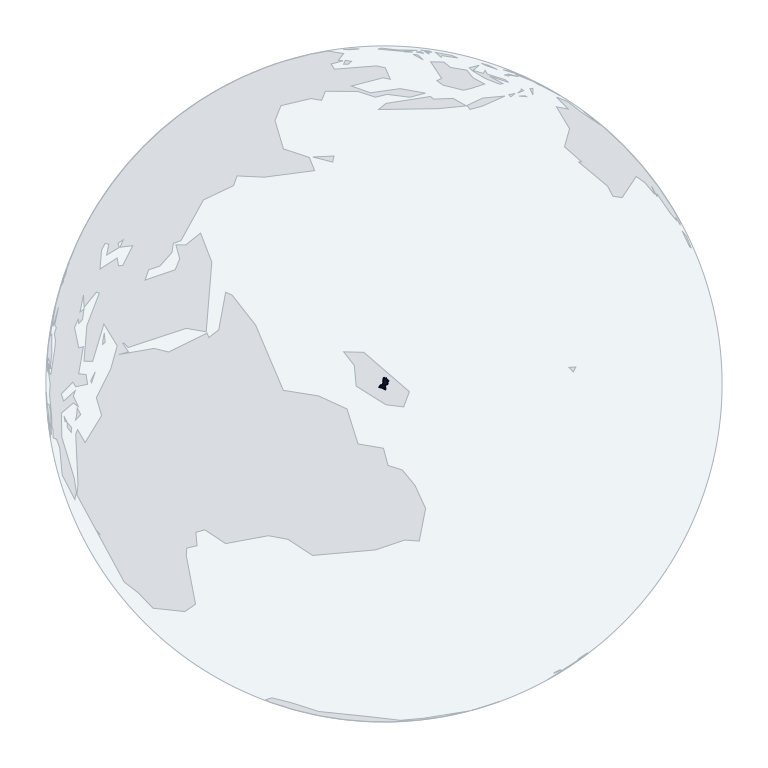 the Earth from above Amoron'i Mania, rotated 292°
{"feature_id": "MDG-5861", "entity_name": "Amoron'i Mania", "entity_type": "Autonomous Province", "adm_level": 1, "iso_a3": "MDG", "parent_name": "Madagascar", "parent_adm1": "", "projection": "orthographic", "projection_center": [46.639, -20.465], "detail": "fine", "context": "on_globe", "style": "filled", "palette": "ink", "viewbox_px": 768, "rotation_deg": 292, "n_neighbors": 0, "source": "natural_earth", "source_scale": "10m", "svg_char_len": 7445}
<svg xmlns="http://www.w3.org/2000/svg" viewBox="0 0 768 768"><g transform="rotate(292 384 384)"><circle cx="384" cy="384" r="338" fill="#eef3f6" stroke="#a8b0b8"/><path d="M46.3,397.1L47.1,392.9L51.0,397.5L53.7,416.8L55.9,446.1L70.8,497.7L78.3,525.2L88.9,545.9L109.8,580.5L112.8,585.5L98.4,564.6L85.7,542.7L74.6,519.9L65.3,496.4L57.8,472.2L52.1,447.5L48.3,422.4L46.3,397.1ZM114.4,587.8L121.2,596.0L130.4,607.2L132.7,609.9L114.4,587.8ZM171.3,646.6L175.8,650.1L191.4,661.6L196.6,664.9L198.4,666.3L203.2,669.4L207.3,671.9L207.5,672.2L171.3,646.6ZM209.2,673.2L208.5,672.6L198.6,666.2L202.6,667.6L210.7,673.2L209.7,673.5L209.2,673.2ZM185.3,655.3L179.2,649.8L180.5,650.2L184.9,654.2L185.3,655.3ZM361.8,46.8L371.4,46.5L364.3,47.2L352.8,47.8L359.1,48.5L360.6,47.7L366.2,47.8L373.3,46.7L377.6,46.8L377.1,46.2L383.2,46.2L383.3,46.5L399.0,46.4L412.8,47.3L414.2,47.4L431.0,49.4L440.6,50.8L443.4,51.4L444.3,51.5L468.0,56.7L491.2,63.5L513.8,72.0L535.8,82.1L557.0,93.7L577.3,106.8L596.6,121.4L614.9,137.3L631.9,154.4L632.2,154.7L639.5,162.9L641.0,164.6L646.2,170.8L648.3,173.7L662.1,192.1L671.7,207.4L675.3,222.8L667.1,220.5L668.3,225.0L660.9,215.1L657.3,220.1L676.1,257.8L677.7,266.7L668.9,275.7L667.6,268.5L648.1,242.2L648.9,262.3L663.9,288.3L669.2,313.5L659.6,300.6L653.7,278.4L646.7,268.5L645.4,250.1L633.5,220.0L623.6,219.9L621.4,209.5L603.5,184.2L587.5,184.2L564.3,202.7L566.1,229.9L555.9,239.7L530.9,195.5L521.9,169.8L511.6,170.2L487.0,147.6L440.8,142.0L435.5,136.0L426.5,138.1L409.4,132.0L401.7,123.0L390.8,123.5L411.7,147.6L423.6,147.7L435.1,138.9L438.6,148.0L455.2,157.4L432.5,178.7L365.8,199.6L361.5,179.8L322.0,133.1L324.4,127.9L324.3,127.4L323.9,126.5L318.1,135.0L312.0,127.1L330.8,157.4L333.0,172.4L364.9,200.9L361.4,204.2L372.3,210.5L409.8,202.8L409.5,209.8L390.5,242.9L340.4,293.0L348.4,327.7L347.0,359.0L318.7,382.4L324.2,407.6L310.0,418.2L311.1,433.2L301.5,450.8L284.2,469.2L251.6,475.5L247.1,461.7L227.1,438.4L198.3,382.1L204.0,353.1L200.0,333.6L176.7,296.9L181.7,272.6L176.0,265.1L164.1,271.2L157.9,262.6L150.9,264.9L109.3,291.7L98.4,284.6L89.6,253.9L98.4,234.2L103.1,217.3L166.3,140.7L176.1,138.0L221.9,117.0L226.9,117.0L217.7,128.8L249.0,134.0L263.6,122.4L295.7,125.0L319.5,122.3L334.7,101.8L295.8,105.4L292.8,97.3L327.0,86.6L361.6,86.0L361.5,83.0L342.8,77.2L354.0,72.0L336.7,75.2L341.3,77.7L330.7,80.3L325.8,78.3L329.9,76.2L320.4,75.9L303.1,87.5L306.0,91.3L279.1,97.1L281.2,104.2L272.7,109.3L266.0,99.3L269.1,94.8L253.8,88.5L248.1,93.4L262.1,100.2L256.3,100.6L248.7,108.9L249.9,103.0L236.1,95.8L214.0,105.2L180.1,132.5L168.4,139.3L161.1,140.6L179.1,119.7L203.4,107.2L210.1,101.1L210.1,97.4L217.4,94.4L220.4,91.8L230.0,87.7L248.4,78.1L258.9,74.5L270.8,67.7L277.8,65.3L268.8,69.7L268.1,71.5L294.8,65.2L301.3,63.1L306.9,59.6L313.6,59.0L315.5,56.5L333.2,53.5L313.3,55.6L319.3,53.2L332.5,50.5L330.9,50.5L309.5,55.1L304.1,56.9L305.3,57.5L287.6,64.6L277.4,67.6L282.4,62.9L268.5,67.3L278.5,63.1L295.3,57.9L328.2,50.7L361.8,46.8ZM140.6,172.4L137.9,177.4L137.9,177.5L140.6,172.4ZM396.0,97.4L418.1,99.2L411.9,88.0L420.0,88.2L414.9,84.7L411.4,87.3L399.6,78.5L410.5,76.5L409.8,72.7L402.3,72.0L384.2,77.6L400.9,89.4L394.2,93.6L396.0,97.4ZM227.3,84.7L228.9,84.2L222.9,87.7L209.6,94.9L218.2,89.6L227.3,84.7ZM232.7,82.9L241.4,77.7L250.0,73.9L243.7,76.7L248.5,74.7L239.7,78.9L239.4,81.4L234.1,84.9L212.4,94.7L222.5,89.2L220.2,89.7L232.7,82.9ZM235.1,111.5L239.4,110.8L246.8,108.6L242.1,114.3L235.1,111.5ZM225.2,106.6L229.5,104.8L226.5,110.8L222.0,112.1L225.2,106.6ZM234.4,99.3L230.0,104.3L229.7,102.3L234.4,99.3ZM273.0,68.3L277.9,66.7L277.4,67.4L273.5,69.2L273.0,68.3ZM326.6,105.5L318.3,109.8L315.3,108.3L318.8,107.1L326.6,105.5ZM277.1,110.9L287.2,111.7L275.7,112.4L277.1,110.9ZM468.7,549.3L471.6,555.5L466.1,555.0L468.7,549.3ZM405.8,353.4L386.4,410.4L370.1,410.8L365.5,393.6L371.6,359.0L390.1,349.5L398.7,334.6L405.8,353.4ZM701.5,401.2L704.1,407.0L703.8,408.4L701.5,401.2ZM699.0,391.4L702.5,396.8L697.8,394.0L699.0,391.4ZM703.8,398.9L707.4,401.1L709.0,400.8L708.3,403.6L703.8,398.9ZM696.3,388.3L678.6,371.2L670.8,360.9L673.4,356.7L686.1,368.4L696.3,388.3ZM672.7,356.1L659.7,331.4L636.5,276.1L644.9,280.8L668.0,319.4L666.7,323.2L674.7,341.0L672.7,356.1ZM701.3,351.7L699.8,364.9L690.8,354.2L686.2,347.7L683.2,326.8L685.0,319.4L688.9,323.0L700.2,306.6L704.9,318.9L702.4,327.1L706.0,343.2L701.3,351.7ZM567.8,232.9L576.6,252.1L570.5,253.3L567.8,232.9ZM701.8,292.2L699.2,299.0L700.6,287.5L701.8,292.2ZM700.8,279.8L702.5,286.4L699.4,278.0L700.8,279.8ZM671.0,233.0L667.0,230.9L665.4,226.7L669.6,226.9L671.0,233.0ZM678.9,220.8L684.3,232.3L685.4,235.6L681.0,226.7L678.9,220.8ZM625.6,616.1L637.6,603.1L634.2,609.2L625.5,617.6L625.6,616.1ZM654.4,586.7L645.1,598.1L642.7,598.8L647.8,592.1L645.4,593.6L649.6,585.5L662.8,565.5L659.9,567.1L667.7,558.0L661.2,564.0L668.4,550.5L670.9,540.1L646.1,535.0L643.8,525.9L651.2,517.2L662.7,481.4L664.1,483.9L671.6,462.5L690.2,460.4L705.6,440.1L708.0,451.8L714.6,436.5L714.7,448.8L710.3,463.7L705.3,487.3L711.6,466.7L704.1,492.4L694.5,517.4L683.0,541.5L669.6,564.7L654.4,586.7ZM707.8,413.8L712.5,408.7L713.9,411.3L707.8,413.8ZM717.3,439.5L718.2,432.3L719.0,428.5L720.3,416.4L720.4,399.2L720.4,390.0L721.2,390.2L719.9,376.6L721.5,382.8L721.3,400.2L721.7,395.4L717.3,439.5ZM719.7,412.7L719.7,414.3L719.2,417.0L719.7,412.7ZM716.7,381.5L716.3,384.9L715.6,379.7L716.7,381.5ZM717.8,382.3L719.4,393.4L717.4,384.8L717.8,382.3ZM708.1,349.2L709.2,359.8L712.8,360.2L710.0,363.7L711.5,382.4L710.3,386.6L709.0,366.6L707.0,381.7L705.3,378.8L705.2,363.3L707.5,349.0L709.1,344.7L715.2,352.8L708.1,349.2ZM718.1,371.4L717.5,359.4L717.8,354.1L718.6,361.4L718.1,371.4ZM713.9,330.3L710.1,314.5L708.3,314.6L710.7,307.7L714.1,323.8L713.9,330.3ZM708.4,302.0L706.8,301.9L707.5,297.1L708.4,302.0ZM705.5,297.3L703.8,289.3L705.9,293.4L705.5,297.3ZM709.6,304.4L707.3,292.5L709.7,301.5L709.6,304.4ZM698.9,271.6L706.0,290.2L699.4,276.5L692.2,252.8L694.4,255.8L698.9,271.6Z" fill="#d9dde1" stroke="#a8b0b8" stroke-width="1"/><path d="M379.3,380.6L379.5,380.8L379.7,380.7L379.8,380.7L380.0,380.8L380.6,380.9L380.7,381.0L380.8,381.0L381.0,381.1L381.0,381.3L381.2,381.5L381.3,381.5L381.4,381.8L381.4,381.7L381.5,381.6L381.7,381.4L381.8,381.3L382.0,381.5L382.1,381.8L382.1,382.0L382.0,382.3L382.1,382.5L382.4,382.6L382.5,382.7L382.8,382.6L383.0,382.6L383.3,382.7L383.4,382.8L383.5,382.9L383.8,382.7L384.3,382.8L384.5,382.9L384.8,382.9L385.0,382.9L385.3,382.8L385.4,382.7L385.5,382.6L385.7,382.4L385.8,382.3L385.8,382.2L386.0,382.2L386.0,382.3L386.4,382.2L386.6,382.2L386.8,382.2L387.0,382.1L387.1,381.9L387.1,381.7L387.3,381.6L387.5,381.6L387.8,381.5L388.0,381.5L388.4,381.7L388.5,381.7L388.8,381.6L389.2,381.5L389.3,381.5L389.5,381.5L389.5,381.4L389.7,381.5L389.9,381.6L390.0,381.7L390.0,382.0L389.9,382.2L389.9,382.3L389.8,382.7L389.8,382.9L389.8,383.4L389.8,383.5L390.0,383.7L390.1,383.8L390.3,383.9L389.8,384.4L389.4,384.6L389.3,385.4L389.2,385.8L388.8,385.8L388.5,386.1L388.5,387.1L387.8,387.0L387.6,386.6L387.2,386.5L386.3,386.8L385.9,387.4L385.2,387.4L384.4,386.9L383.9,386.1L383.7,385.7L383.2,385.8L382.8,385.7L382.3,385.9L381.9,386.3L381.4,386.8L380.7,387.0L380.0,387.4L379.3,387.4L379.3,386.7L379.3,386.4L379.3,386.2L379.3,385.9L379.4,385.7L379.5,385.6L379.6,385.4L379.6,385.2L379.5,384.5L379.5,384.4L379.5,384.2L379.6,383.9L379.6,383.7L379.6,383.4L379.5,382.9L379.4,382.5L379.4,382.4L379.3,382.2L379.3,381.9L379.3,381.7L379.4,381.4L379.4,381.2L379.2,381.1L379.2,380.9L379.2,380.6L379.3,380.6Z" fill="#0f172a" stroke="#020617" stroke-width="1.5"/></g></svg>